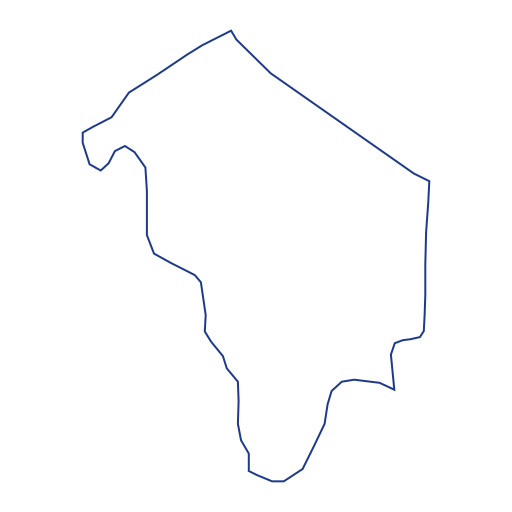 an SVG outline of Makedonska Kamenica
{"feature_id": "MKD-3006", "entity_name": "Makedonska Kamenica", "entity_type": "Statistical Region", "adm_level": 1, "iso_a3": "MKD", "parent_name": "North Macedonia", "parent_adm1": "", "projection": "equal_earth", "projection_center": [22.521, 42.044], "detail": "fine", "context": "isolated", "style": "outline", "palette": "blue", "viewbox_px": 512, "rotation_deg": 0, "n_neighbors": 0, "source": "natural_earth", "source_scale": "10m", "svg_char_len": 881}
<svg xmlns="http://www.w3.org/2000/svg" viewBox="0 0 512 512"><path d="M231.1,30.7L236.4,39.6L270.8,73.4L413.8,173.5L429.3,181.2L428.3,201.7L426.1,232.5L425.3,264.3L425.3,295.1L424.6,315.6L423.8,331.0L419.9,337.1L410.5,339.2L402.7,340.2L394.8,343.2L390.9,354.6L394.3,389.7L379.5,382.8L354.2,379.7L341.8,381.7L331.6,391.0L327.6,404.3L324.6,423.8L314.3,445.4L302.6,469.0L283.8,481.3L272.0,481.3L257.0,475.1L248.8,471.0L248.8,470.2L248.8,453.6L241.0,440.2L237.9,423.8L238.6,401.2L237.9,381.7L226.8,368.4L222.9,356.1L211.1,341.7L204.8,331.5L205.7,315.1L200.9,282.3L194.8,275.1L170.4,262.7L154.0,253.6L146.9,235.1L146.9,191.0L145.4,167.5L134.5,152.1L124.9,146.0L114.9,151.1L108.6,163.3L100.7,170.5L89.6,164.3L82.7,142.8L82.7,137.1L82.7,132.6L93.6,126.5L111.6,117.2L128.9,92.6L158.0,74.2L187.0,54.7L202.3,45.2L230.6,30.9L231.1,30.7Z" fill="none" stroke="#1e3a8a" stroke-width="2"/></svg>